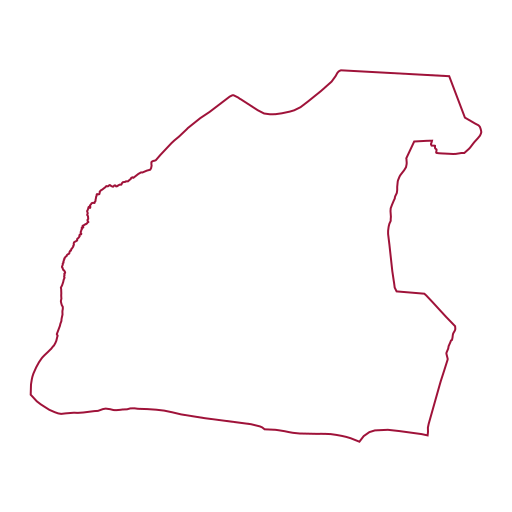 the district of Non Suwan, Buri Ram, Thailand
{"feature_id": "78962969B59814899315802", "entity_name": "Non Suwan", "entity_type": "district", "adm_level": 2, "iso_a3": "THA", "parent_name": "Thailand", "parent_adm1": "Buri Ram", "projection": "mercator", "projection_center": [102.532, 14.565], "detail": "fine", "context": "isolated", "style": "outline", "palette": "rose", "viewbox_px": 512, "rotation_deg": 0, "n_neighbors": 0, "source": "geoboundaries", "source_scale": "gbopen_adm2", "svg_char_len": 5800}
<svg xmlns="http://www.w3.org/2000/svg" viewBox="0 0 512 512"><path d="M341.0,70.3L339.5,70.9L338.5,71.6L337.3,73.0L335.6,76.1L331.6,81.6L321.0,91.0L308.1,101.4L300.5,107.2L294.2,110.3L289.8,111.6L281.8,113.3L275.4,114.2L270.1,114.3L264.1,113.5L257.7,110.2L240.7,99.2L240.0,98.9L238.1,97.5L233.9,95.4L233.2,95.2L232.3,95.3L229.7,96.6L209.5,112.0L200.3,118.1L187.8,128.1L186.8,129.2L179.0,136.6L174.4,140.4L171.5,143.1L160.3,155.0L156.0,160.0L155.8,160.2L154.6,160.7L154.0,160.8L153.4,160.9L152.9,161.1L152.1,161.5L151.7,161.8L151.4,162.3L151.4,163.0L151.4,164.2L151.6,165.5L151.5,166.2L151.1,168.1L150.4,169.4L150.2,169.7L149.9,169.8L146.9,170.6L142.4,172.5L141.2,172.4L140.8,172.5L139.3,173.4L138.5,173.8L133.4,177.8L133.1,177.8L132.6,177.3L132.4,177.3L132.2,177.4L131.3,177.9L131.1,178.1L130.8,178.9L129.3,180.1L128.0,181.3L127.7,181.3L126.3,181.3L126.0,181.3L125.4,181.8L124.9,181.9L123.5,182.1L122.9,182.2L122.1,183.0L121.4,184.5L121.2,184.7L120.8,184.7L120.0,184.6L119.6,184.7L118.0,185.5L117.5,186.1L116.4,186.4L116.0,186.3L115.7,185.7L115.4,185.5L115.0,185.4L114.7,185.4L114.2,185.6L113.4,186.5L113.1,186.7L112.9,186.7L112.1,186.4L111.3,186.1L110.2,185.2L109.7,185.1L109.3,185.2L108.6,185.9L107.9,186.3L107.5,186.3L106.7,186.1L106.4,186.1L105.9,186.5L105.6,187.0L104.4,187.9L102.1,189.7L101.2,190.1L99.8,191.5L99.7,191.7L99.8,192.3L99.7,192.6L99.4,193.9L99.3,194.1L98.8,194.3L98.4,194.3L98.1,194.3L97.2,194.1L96.9,194.2L96.7,194.5L96.6,195.8L96.2,196.5L95.8,198.8L95.6,199.4L95.5,200.9L95.4,201.2L94.8,201.9L94.6,202.8L94.3,203.0L94.1,203.0L93.1,202.8L91.9,203.1L91.6,203.3L91.0,204.3L90.0,205.4L89.9,205.6L89.9,205.8L90.3,206.7L90.3,207.3L90.2,207.6L90.1,207.8L89.9,207.8L89.7,207.7L89.2,207.1L88.7,207.0L88.4,207.4L88.5,208.0L88.4,208.3L88.0,209.0L87.8,209.8L87.1,211.1L87.2,211.6L87.6,212.6L87.7,213.7L87.6,213.9L87.3,214.3L87.2,214.9L87.3,215.2L87.9,216.0L88.0,216.4L88.2,218.7L88.2,218.9L87.5,219.9L87.5,220.4L87.7,221.0L88.1,221.4L88.3,221.9L88.3,222.1L87.5,222.5L87.0,223.4L86.0,224.1L85.5,224.1L85.3,224.2L84.8,224.7L82.8,225.7L82.6,225.9L82.5,226.1L82.6,226.3L83.2,226.9L83.3,227.1L83.3,227.3L83.2,227.5L81.9,227.7L81.7,227.9L81.7,228.2L81.9,228.5L82.0,228.9L81.3,230.1L81.2,230.9L80.8,231.6L80.7,232.3L80.7,232.9L81.2,233.5L81.3,233.8L81.2,234.1L80.9,234.4L79.7,234.7L79.6,234.9L79.5,235.2L79.4,235.5L79.6,236.2L79.6,236.4L79.1,236.9L78.9,237.4L77.9,238.4L77.5,238.6L77.3,238.8L77.1,239.4L77.2,240.2L77.1,240.5L76.0,241.2L74.8,241.8L74.0,242.4L73.7,243.6L73.9,244.8L73.8,245.0L73.3,245.6L73.3,246.5L71.8,248.7L71.3,249.1L71.0,250.4L70.9,250.6L70.6,250.8L70.2,250.8L69.8,251.6L69.4,252.2L69.4,253.1L69.2,253.5L68.6,254.0L67.8,254.3L67.1,254.9L66.9,255.2L66.7,255.9L66.5,256.1L65.9,256.5L65.2,257.2L64.9,257.9L64.3,258.4L64.3,258.7L64.3,259.5L63.8,260.1L63.8,260.8L63.4,261.5L63.4,261.9L63.5,262.4L63.5,262.7L63.0,263.1L62.7,263.7L62.8,264.7L62.0,266.6L62.0,267.1L62.2,267.5L62.6,267.9L62.7,268.6L63.4,270.1L64.2,270.5L64.3,270.8L65.0,272.0L65.1,272.3L65.1,272.8L65.0,273.0L64.4,273.5L64.3,273.8L64.3,274.1L64.6,275.0L64.3,275.4L64.3,276.1L64.1,276.8L64.2,277.1L64.5,277.5L64.5,277.8L63.7,279.7L63.2,282.0L62.1,285.3L60.9,287.6L61.2,289.5L61.2,290.8L61.3,293.3L61.2,295.3L61.3,297.5L61.4,298.5L60.9,301.0L60.9,301.5L61.3,303.4L61.9,305.4L62.7,306.6L62.8,307.3L62.8,309.0L62.5,310.5L62.4,311.5L62.5,314.6L61.8,317.7L61.5,319.4L61.4,320.9L61.3,321.3L60.4,323.7L59.9,325.9L57.2,333.1L56.9,333.8L56.9,334.6L57.5,335.3L57.6,335.5L57.6,335.9L57.3,336.7L56.3,340.8L55.3,343.1L53.9,345.6L53.1,346.3L51.0,349.0L50.6,349.3L48.0,351.9L44.4,355.3L42.4,357.4L41.6,358.4L39.0,362.2L36.2,367.3L33.4,373.6L32.4,376.7L31.8,379.4L31.0,384.4L30.7,394.7L36.8,401.3L40.7,404.3L45.2,407.2L49.3,409.8L54.8,412.2L58.2,413.4L61.2,413.9L65.4,413.4L74.1,412.7L77.6,412.9L83.3,412.5L94.3,411.1L97.7,410.9L98.2,410.8L102.9,409.1L105.7,408.6L106.4,408.7L110.2,409.2L111.3,409.5L113.3,410.0L114.3,410.1L117.0,410.1L120.4,409.8L122.5,409.5L127.1,409.3L130.3,408.4L134.4,408.3L138.0,408.8L147.5,409.1L156.2,409.7L164.1,410.6L172.3,412.3L181.1,414.4L204.9,418.2L251.0,424.2L259.9,426.4L262.2,427.4L264.6,429.3L275.5,429.8L279.0,430.3L284.6,431.2L288.9,432.1L292.8,432.8L299.6,433.5L318.4,433.9L320.8,433.8L325.9,433.9L330.7,434.1L336.3,434.9L341.8,435.9L346.2,436.9L350.6,438.2L359.4,441.7L363.7,436.1L369.4,432.1L374.9,430.4L387.9,429.8L399.6,431.1L421.6,434.1L427.6,435.4L428.0,431.9L427.9,427.6L428.7,423.8L439.9,384.1L440.8,381.0L444.0,371.1L447.6,359.7L447.7,358.9L446.4,353.7L446.4,353.1L446.6,352.4L448.2,348.6L448.6,346.2L450.2,342.6L451.0,340.5L451.1,340.4L451.6,340.2L452.0,339.9L452.1,339.5L452.5,337.6L452.8,335.1L453.1,333.7L453.7,332.5L454.4,331.4L454.9,330.4L455.2,329.6L455.3,328.5L455.1,326.2L445.9,316.7L432.7,302.3L426.3,295.5L424.3,293.7L396.6,291.4L394.7,287.6L394.0,282.3L393.8,281.2L392.3,271.1L389.4,244.6L388.1,234.0L388.1,230.8L388.6,227.0L388.8,226.0L389.4,223.7L390.6,221.1L390.7,220.8L390.7,219.1L390.9,216.8L390.5,211.1L390.7,208.3L392.0,204.8L393.9,200.3L394.5,199.1L394.8,198.4L394.9,197.3L395.2,196.3L396.8,193.0L397.2,190.1L397.2,186.8L397.7,181.8L397.8,181.1L398.1,180.1L399.4,176.9L400.0,175.7L400.6,174.8L402.3,172.6L404.1,170.3L406.0,167.2L406.6,164.2L406.7,163.0L406.6,161.3L406.5,160.3L406.5,159.4L406.3,158.3L414.2,141.5L427.0,140.8L432.0,140.7L431.6,142.3L431.0,143.9L431.0,144.4L431.6,145.6L434.8,145.7L435.0,145.8L435.0,147.8L435.1,148.2L435.3,148.5L436.5,149.5L436.5,150.6L436.2,152.1L436.2,152.3L436.2,152.6L436.5,152.9L438.4,153.2L441.2,153.4L449.5,153.8L453.2,154.0L455.8,153.9L460.2,153.2L461.3,153.0L462.8,153.0L464.3,153.0L468.9,148.9L470.1,147.6L473.3,143.4L474.6,141.8L477.9,138.2L480.0,135.6L480.9,133.6L481.3,132.1L481.0,130.3L480.5,128.5L479.8,126.7L478.5,125.3L475.2,123.6L464.9,117.6L449.2,76.2L341.0,70.3Z" fill="none" stroke="#9f1239" stroke-width="2"/></svg>